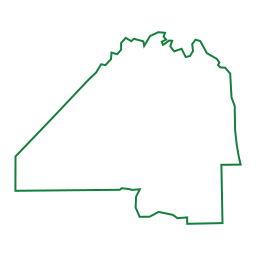 the district of Duval, Florida, United States of America
{"feature_id": "52423323B60640707975629", "entity_name": "Duval", "entity_type": "district", "adm_level": 2, "iso_a3": "USA", "parent_name": "United States of America", "parent_adm1": "Florida", "projection": "robinson", "projection_center": [-81.627, 30.345], "detail": "fine", "context": "isolated", "style": "outline", "palette": "green", "viewbox_px": 256, "rotation_deg": 0, "n_neighbors": 0, "source": "geoboundaries", "source_scale": "gbopen_adm2", "svg_char_len": 895}
<svg xmlns="http://www.w3.org/2000/svg" viewBox="0 0 256 256"><path d="M15.4,190.8L86.6,190.1L119.8,189.8L121.7,188.2L129.1,189.1L131.8,189.9L139.8,189.3L136.1,196.7L135.6,207.5L139.6,216.8L149.6,216.7L158.6,211.9L173.0,214.9L177.4,218.2L187.1,217.4L187.2,223.8L222.5,223.1L221.4,164.8L223.5,164.8L240.6,164.6L238.7,156.3L236.7,144.5L235.1,130.0L234.7,105.9L231.5,97.4L230.2,73.6L225.1,67.7L220.3,67.4L218.0,65.0L219.4,62.5L216.7,58.8L206.9,53.2L200.3,41.1L195.5,39.7L192.2,44.1L193.0,51.0L190.0,56.0L185.7,57.0L181.6,48.8L174.2,51.3L170.3,46.4L172.2,40.8L169.2,40.5L163.1,44.9L161.8,41.7L166.1,39.6L163.6,36.7L165.0,32.8L158.3,32.2L150.1,36.0L144.2,45.9L143.3,41.3L133.8,38.8L131.4,41.2L125.7,37.9L121.1,43.0L121.1,49.7L117.2,54.2L111.5,52.6L111.0,59.1L105.5,65.1L101.1,64.3L96.1,72.6L88.8,79.4L53.8,116.5L19.4,152.4L15.5,156.4L15.4,190.8Z" fill="none" stroke="#15803d" stroke-width="2"/></svg>